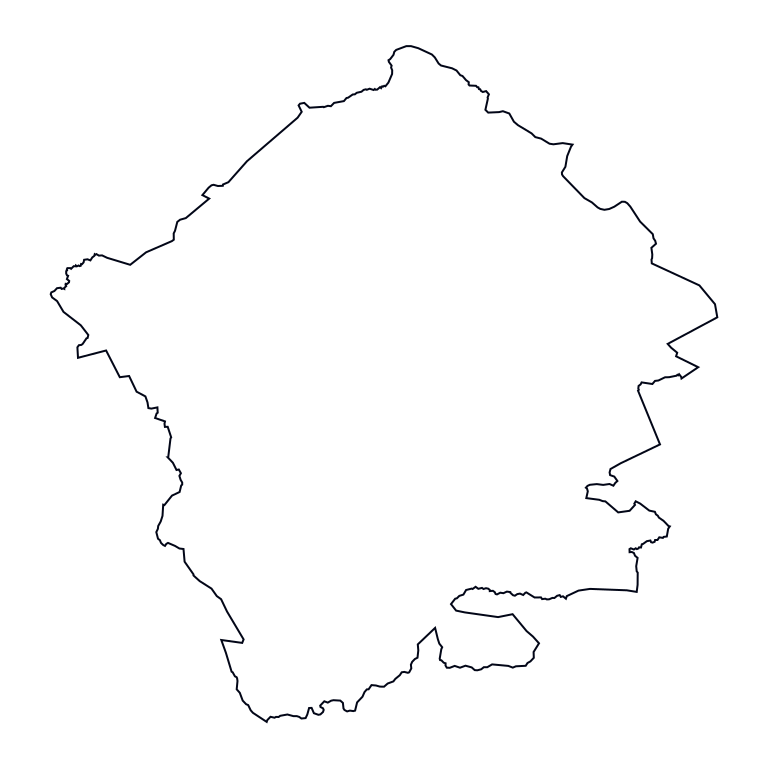 Edenderry Lea-6, Offaly, Ireland
{"feature_id": "5873133B48901885331675", "entity_name": "Edenderry Lea-6", "entity_type": "district", "adm_level": 2, "iso_a3": "IRL", "parent_name": "Ireland", "parent_adm1": "Offaly", "projection": "orthographic", "projection_center": [-7.208, 53.279], "detail": "fine", "context": "isolated", "style": "outline", "palette": "ink", "viewbox_px": 768, "rotation_deg": 0, "n_neighbors": 0, "source": "geoboundaries", "source_scale": "gbopen_adm2", "svg_char_len": 6014}
<svg xmlns="http://www.w3.org/2000/svg" viewBox="0 0 768 768"><path d="M156.3,532.1L158.0,538.7L159.9,540.2L161.0,542.9L163.2,545.0L165.0,545.9L166.3,543.9L168.0,542.9L175.0,545.9L179.4,548.5L183.5,549.0L184.6,561.7L193.5,574.4L193.5,575.5L199.7,581.1L211.5,588.6L216.8,596.1L221.1,599.2L227.0,611.5L243.6,639.4L242.2,642.9L221.3,640.0L225.9,652.8L231.6,671.7L232.7,672.3L234.9,676.3L236.6,677.2L237.1,678.3L237.5,681.0L236.7,689.3L239.8,692.8L242.7,700.6L246.1,704.2L248.2,705.1L250.7,710.3L252.9,712.8L266.7,721.9L267.3,720.1L270.5,716.8L274.6,717.7L276.0,716.9L278.6,717.0L280.2,715.8L287.4,714.5L293.3,716.1L296.7,716.1L299.2,716.9L301.4,718.5L305.6,718.1L307.3,714.5L309.1,708.0L311.6,707.9L313.9,713.2L318.4,714.8L320.4,714.4L323.0,712.0L323.7,709.9L323.0,708.3L320.5,707.0L320.2,705.6L324.3,701.3L327.8,702.6L331.1,700.7L333.5,700.2L340.3,700.6L342.9,702.9L343.5,708.5L344.5,710.0L347.1,711.4L349.9,710.6L353.3,711.1L355.1,710.6L357.1,702.4L362.5,696.7L364.5,692.1L366.8,689.4L368.6,689.3L371.5,685.1L376.0,685.5L379.9,686.6L384.0,686.7L387.7,683.5L393.4,681.4L395.3,678.9L399.8,675.2L401.7,672.3L404.3,671.9L407.9,672.8L409.2,672.3L411.3,668.4L410.9,664.7L412.2,661.8L414.9,659.0L417.5,657.7L418.3,650.4L417.8,644.4L435.1,627.9L437.8,639.0L439.3,643.6L442.2,647.2L441.3,649.2L439.7,658.7L440.1,660.1L441.4,660.3L443.7,662.7L445.6,663.3L445.5,665.5L446.8,667.7L449.8,667.8L454.7,665.9L460.0,667.7L465.5,665.7L471.7,667.4L474.7,670.1L477.3,670.3L481.2,669.3L483.8,667.2L487.3,667.2L492.1,664.4L508.3,665.9L512.8,667.6L515.9,666.3L525.7,665.8L527.5,663.0L530.4,661.4L533.8,657.8L533.6,652.0L539.0,643.3L533.0,636.6L526.6,631.1L512.6,614.2L498.1,617.1L464.8,612.4L456.1,610.6L451.0,604.1L455.2,598.7L456.9,598.3L459.3,595.9L463.4,594.6L466.1,590.0L471.7,588.6L472.6,589.0L475.6,586.8L478.3,588.8L482.0,587.9L483.5,589.0L486.0,588.2L488.3,588.7L489.8,590.0L489.8,591.1L492.9,590.8L494.8,592.2L495.6,594.0L497.0,594.4L500.3,592.7L503.4,593.2L506.9,591.6L510.3,592.1L510.4,592.8L513.0,595.2L514.9,595.7L517.3,594.1L520.0,593.6L523.2,595.0L525.4,592.7L526.4,592.4L534.6,597.5L541.0,597.4L542.1,599.1L545.3,598.7L546.8,599.4L549.1,599.3L552.4,597.9L554.4,598.0L557.1,595.8L559.7,595.1L560.8,596.9L563.0,596.3L565.9,598.7L566.8,596.1L578.5,590.6L590.0,588.9L626.8,590.3L636.7,591.9L637.6,584.8L637.7,572.6L636.7,571.3L636.2,566.2L637.6,557.9L635.0,555.7L633.9,553.0L631.8,552.0L629.6,552.2L629.5,549.1L630.8,548.3L633.9,549.5L635.7,548.3L636.9,549.1L638.5,548.4L639.1,547.3L641.0,547.5L641.8,544.3L643.1,543.9L646.8,541.2L650.4,540.5L651.1,542.2L652.6,542.6L654.6,541.8L655.1,540.0L657.5,540.0L659.3,537.3L662.9,537.9L663.6,536.9L666.8,536.5L668.2,528.7L669.8,526.4L668.5,526.0L663.6,520.9L658.9,517.6L657.8,515.7L655.9,514.3L654.9,511.8L649.3,510.6L640.2,503.6L635.7,501.3L634.3,503.7L635.0,504.9L629.6,510.8L618.2,512.4L605.4,501.4L602.6,501.1L599.3,499.8L586.3,498.1L587.8,491.3L587.0,488.5L585.9,487.7L587.5,485.9L589.8,484.8L596.8,484.1L603.2,484.9L609.5,484.0L613.4,485.7L615.2,483.0L617.4,481.0L614.3,476.6L610.1,475.1L609.6,472.4L610.5,469.0L620.8,463.2L660.0,444.4L638.0,390.6L638.8,389.8L638.3,388.5L638.6,385.9L640.6,384.4L641.6,382.4L652.4,384.0L655.0,380.9L658.4,380.5L665.0,377.3L669.1,377.2L676.5,375.7L677.4,374.8L678.2,375.3L679.1,374.2L681.2,376.9L681.5,378.5L698.2,367.2L676.1,356.3L677.2,352.7L671.1,347.7L667.7,343.9L717.3,317.3L715.0,304.2L699.4,285.4L651.8,263.4L651.5,259.6L652.1,258.2L652.3,254.5L651.4,247.8L656.0,243.7L655.2,240.8L653.5,238.3L652.8,234.2L640.1,221.6L630.3,206.6L627.3,203.2L624.9,201.8L621.9,201.7L614.3,206.7L609.2,209.0L604.4,209.8L600.3,208.9L597.6,207.4L591.9,202.4L584.4,198.1L563.1,176.2L562.0,174.4L561.9,172.4L565.4,166.8L567.2,156.1L571.0,146.7L572.5,144.6L562.7,143.1L553.4,144.3L549.5,143.7L541.1,138.6L535.3,137.1L531.6,133.4L518.0,125.2L513.9,121.7L509.3,113.5L502.9,111.2L499.1,112.1L488.2,112.6L485.4,109.8L487.9,98.6L487.6,97.4L488.9,94.3L486.1,91.1L482.8,92.0L481.0,90.9L480.2,89.3L479.0,89.1L478.4,87.3L477.2,87.2L476.0,85.8L469.5,85.5L468.6,84.5L468.8,82.2L466.0,80.1L462.5,76.0L460.3,75.2L456.5,70.5L452.1,68.3L441.0,65.5L438.6,63.5L434.8,57.4L431.9,54.5L418.3,48.2L410.9,46.1L406.4,46.1L396.2,49.9L394.3,51.8L393.5,54.8L390.2,59.1L388.5,60.2L388.9,61.9L391.6,65.6L391.1,67.6L392.2,70.2L392.1,74.0L388.4,82.6L385.4,86.3L384.2,85.8L383.2,86.6L382.2,86.3L381.1,88.1L380.1,87.1L377.2,89.6L375.4,89.7L374.8,89.0L373.6,90.0L369.6,88.7L366.8,89.8L365.9,89.3L363.6,89.9L361.5,91.7L356.7,92.8L354.9,94.3L352.7,94.5L348.1,97.7L346.5,98.0L343.9,101.1L334.1,102.9L330.9,106.2L327.9,105.8L323.8,107.2L323.2,106.8L309.5,107.7L304.3,102.9L300.0,103.7L298.6,105.4L301.7,111.8L297.6,117.7L247.0,161.2L228.4,182.2L223.0,184.5L222.8,185.8L217.9,186.0L213.6,184.8L211.5,185.3L208.6,187.7L202.4,195.1L209.2,198.6L185.8,218.1L180.1,219.7L177.3,221.9L175.0,230.8L173.7,233.4L173.8,239.7L171.9,241.1L146.1,252.3L130.2,264.8L107.1,257.8L102.1,255.4L98.9,255.6L96.4,254.1L95.3,254.8L94.7,254.3L94.3,255.9L92.3,257.4L90.4,260.4L87.5,259.3L84.1,259.8L83.6,262.4L82.0,264.2L81.1,264.0L80.7,265.8L79.5,266.1L78.6,265.5L76.9,266.3L75.9,265.5L75.7,266.3L73.7,266.2L71.1,268.8L70.4,268.1L67.4,268.1L66.8,269.3L67.1,270.4L66.2,271.1L66.2,273.6L67.0,275.3L68.1,275.8L66.9,279.1L69.2,280.9L69.0,282.3L67.0,284.0L65.7,283.8L65.5,284.8L66.2,286.1L64.3,287.9L64.3,288.9L63.5,288.5L61.6,288.9L60.7,287.7L57.0,288.2L54.4,291.0L51.3,292.4L50.7,294.2L52.1,297.4L57.1,301.1L63.5,311.9L80.8,325.3L88.3,335.0L87.6,338.0L86.5,338.3L82.7,343.9L81.4,344.9L78.9,345.2L77.4,347.3L78.0,357.8L106.1,350.5L119.8,377.2L129.1,376.0L136.6,391.7L145.4,396.4L147.5,402.4L148.4,408.1L151.4,408.6L157.4,407.4L157.7,412.7L156.6,413.5L155.1,418.0L165.0,421.4L164.5,423.7L164.9,426.9L167.7,426.8L171.2,437.4L170.5,438.4L168.2,457.4L167.8,457.4L172.9,462.8L176.5,470.0L178.8,469.5L180.9,473.2L179.4,475.9L180.6,479.8L182.2,482.5L182.2,484.6L181.2,485.5L179.6,492.0L172.0,495.6L164.4,505.1L163.2,504.7L162.5,515.9L160.7,521.5L158.2,526.0L157.9,528.8L156.3,532.1Z" fill="none" stroke="#020617" stroke-width="2"/></svg>